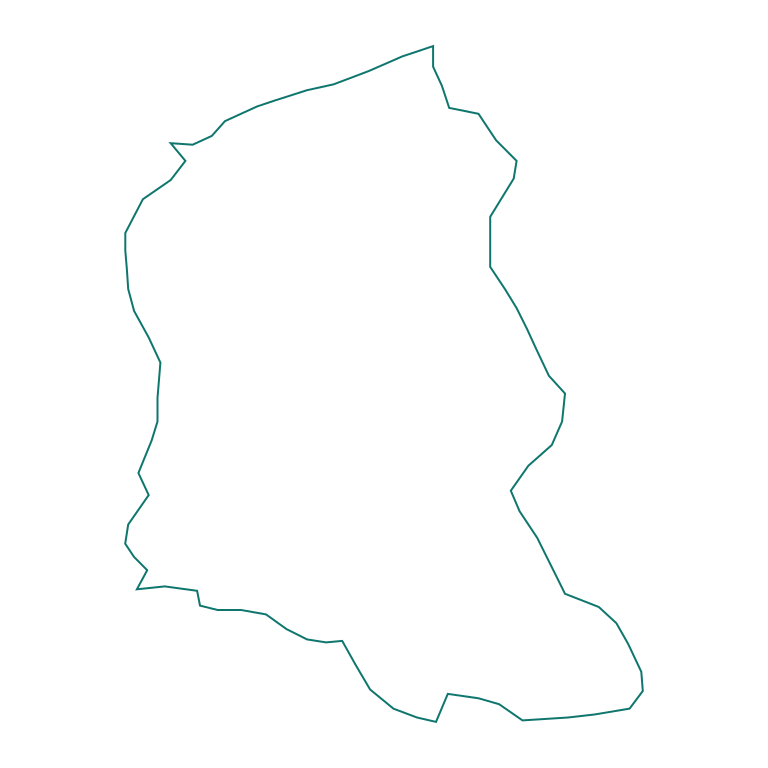 the district of Mia Milia, Cyprus
{"feature_id": "46923920B95697923922739", "entity_name": "Mia Milia", "entity_type": "district", "adm_level": 2, "iso_a3": "CYP", "parent_name": "Cyprus", "parent_adm1": "", "projection": "orthographic", "projection_center": [33.421, 35.222], "detail": "fine", "context": "isolated", "style": "outline", "palette": "teal", "viewbox_px": 768, "rotation_deg": 0, "n_neighbors": 0, "source": "geoboundaries", "source_scale": "gbopen_adm2", "svg_char_len": 1128}
<svg xmlns="http://www.w3.org/2000/svg" viewBox="0 0 768 768"><path d="M136.9,589.3L164.8,586.4L197.1,590.8L200.0,605.6L217.6,610.0L241.0,610.0L266.0,614.4L286.5,629.1L307.0,639.4L326.1,642.4L342.2,640.9L355.4,664.5L370.1,689.5L393.5,708.7L417.0,717.5L436.0,721.9L447.8,693.9L478.6,698.3L499.1,704.2L522.5,720.4L568.0,717.5L594.4,714.5L629.6,708.6L642.8,691.0L641.3,671.8L628.1,643.8L616.4,623.2L598.8,607.0L565.0,593.8L557.7,579.0L546.0,555.5L537.2,537.8L519.6,511.3L510.8,490.7L528.4,465.7L551.8,445.0L562.1,421.5L565.0,393.5L548.9,375.8L535.7,347.9L526.9,328.7L516.6,308.1L504.9,289.0L490.2,266.9L490.2,240.4L490.2,216.8L513.7,178.6L516.6,160.9L496.1,140.3L478.5,113.8L449.2,107.9L441.9,85.8L433.1,66.7L433.1,46.1L402.3,56.4L368.6,71.1L333.4,84.4L307.0,90.2L274.8,100.5L257.2,106.4L225.0,121.1L211.8,135.9L192.7,144.7L170.7,143.2L185.4,160.9L170.7,180.0L142.9,199.2L125.3,233.0L125.3,250.7L126.8,268.3L128.2,289.0L134.1,311.0L148.7,337.5L160.4,362.6L157.5,397.9L157.5,421.5L151.6,440.6L138.4,473.0L148.7,495.1L128.2,524.5L125.2,543.7L134.0,556.9L147.2,570.2L136.9,589.3Z" fill="none" stroke="#0f766e" stroke-width="2"/></svg>